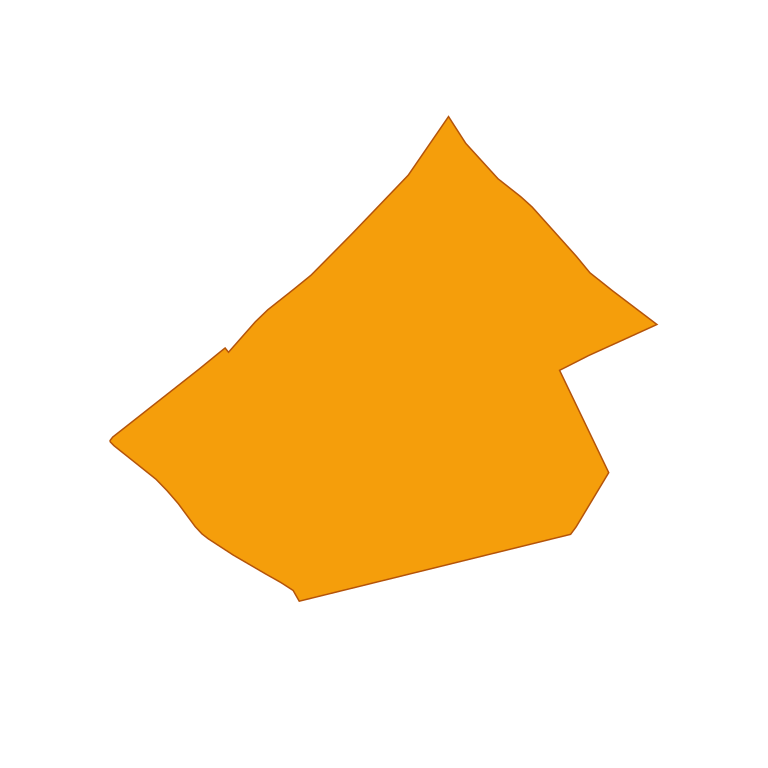 the district of Lipova, Arad, Romania, rotated 155°
{"feature_id": "2599482B8806038231558", "entity_name": "Lipova", "entity_type": "district", "adm_level": 2, "iso_a3": "ROU", "parent_name": "Romania", "parent_adm1": "Arad", "projection": "natural_earth1", "projection_center": [21.522, 46.238], "detail": "fine", "context": "isolated", "style": "filled", "palette": "amber", "viewbox_px": 768, "rotation_deg": 155, "n_neighbors": 0, "source": "geoboundaries", "source_scale": "gbopen_adm2", "svg_char_len": 711}
<svg xmlns="http://www.w3.org/2000/svg" viewBox="0 0 768 768"><g transform="rotate(155 384 384)"><path d="M278.4,168.9L270.3,173.3L217.8,208.7L219.1,322.2L186.7,323.3L111.5,322.6L137.5,371.9L150.4,397.8L155.7,418.4L174.9,481.7L180.7,495.5L193.9,521.7L208.2,567.5L211.2,589.3L212.5,599.1L273.8,563.0L349.4,533.7L404.0,513.5L426.3,507.9L457.9,500.4L474.2,494.8L511.5,478.5L512.8,483.8L519.0,482.3L545.1,475.7L608.6,460.8L652.2,450.6L656.1,448.6L656.4,448.0L656.5,447.1L654.8,442.2L630.9,394.0L625.8,379.3L621.1,362.8L615.4,334.6L612.3,325.0L608.6,317.8L592.9,292.6L571.5,261.8L561.4,247.7L553.6,235.3L553.2,230.3L552.9,226.6L552.6,223.0L278.4,168.9Z" fill="#f59e0b" stroke="#b45309" stroke-width="1.5"/></g></svg>